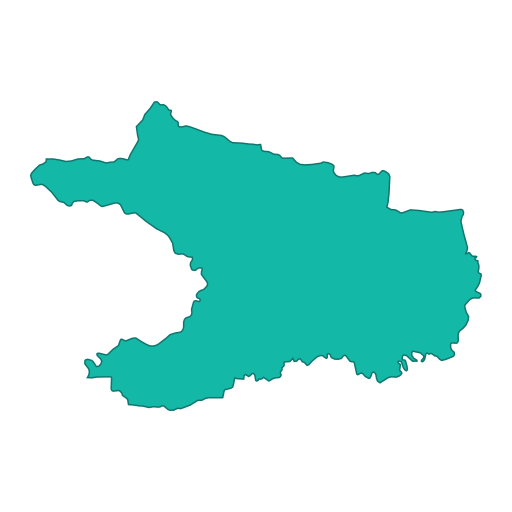 the district of Krong A Na, Đắk Lắk, Vietnam
{"feature_id": "81297802B38165084831058", "entity_name": "Krong A Na", "entity_type": "district", "adm_level": 2, "iso_a3": "VNM", "parent_name": "Vietnam", "parent_adm1": "Đắk Lắk", "projection": "orthographic", "projection_center": [108.03, 12.494], "detail": "fine", "context": "isolated", "style": "filled", "palette": "teal", "viewbox_px": 512, "rotation_deg": 0, "n_neighbors": 0, "source": "geoboundaries", "source_scale": "gbopen_adm2", "svg_char_len": 6064}
<svg xmlns="http://www.w3.org/2000/svg" viewBox="0 0 512 512"><path d="M46.3,159.0L46.2,161.0L45.9,162.0L42.9,164.0L39.4,165.2L34.2,170.2L31.6,173.2L30.7,175.3L31.2,177.8L33.0,183.2L33.7,184.4L34.7,185.1L35.9,185.3L40.5,184.4L42.6,184.5L45.6,186.5L51.6,192.1L58.2,200.5L59.9,201.5L64.0,202.5L67.2,205.4L68.1,205.7L69.8,206.0L71.3,205.5L71.9,204.7L72.2,203.4L73.7,201.6L77.3,200.8L83.9,200.7L86.0,201.8L87.3,202.0L89.9,200.3L92.8,200.2L97.1,203.0L101.2,206.2L102.6,206.5L114.8,203.0L117.9,203.0L120.5,204.7L124.4,212.6L125.4,213.5L126.7,214.0L128.3,214.0L134.9,212.7L136.3,213.3L146.0,221.3L156.6,228.8L164.3,232.6L167.6,235.1L169.2,237.1L172.6,243.0L173.8,250.6L175.2,253.1L178.0,254.2L182.4,253.9L183.7,254.2L187.4,256.6L192.3,257.3L192.5,258.6L192.3,260.0L190.7,262.5L190.3,264.4L190.4,265.8L191.8,269.5L192.7,270.1L194.4,270.4L195.7,270.2L197.2,268.8L199.0,267.9L201.5,268.0L202.0,268.6L202.2,269.7L201.5,271.4L201.4,274.4L206.9,281.8L207.5,283.2L207.3,285.6L205.4,287.8L203.4,289.7L200.7,290.5L198.9,291.6L197.2,293.5L196.5,294.9L196.4,296.1L197.0,297.5L198.0,298.2L199.6,298.7L200.1,299.5L200.0,300.8L199.0,301.6L196.1,300.7L194.2,301.1L193.5,302.3L191.8,308.5L191.6,309.7L191.9,313.1L191.3,315.1L189.9,316.6L186.0,317.9L184.5,319.4L183.7,322.0L183.6,327.4L183.1,329.3L181.7,331.3L180.6,332.1L175.0,333.1L170.0,334.7L166.4,338.0L158.6,344.0L156.3,345.3L153.1,346.1L149.8,345.9L146.3,344.4L141.0,341.4L135.8,338.0L132.3,338.3L126.1,340.8L125.0,340.8L121.8,339.2L120.8,339.5L120.4,340.1L118.4,345.6L112.8,349.5L107.8,354.4L106.4,355.0L99.3,353.3L98.1,353.2L97.1,353.6L96.9,354.4L97.4,355.7L100.5,358.7L101.7,360.9L101.1,363.7L98.9,366.2L96.6,366.6L96.2,366.3L93.1,361.6L91.8,360.5L87.8,359.3L85.6,359.9L84.9,360.9L84.9,363.8L88.4,368.5L89.2,370.1L89.3,372.5L88.8,375.0L87.4,377.6L91.8,377.8L97.1,377.0L110.4,376.8L111.6,377.3L111.2,388.8L111.6,390.0L112.3,390.8L113.3,391.1L118.9,390.5L120.3,391.4L121.9,393.2L122.4,395.3L126.9,398.5L127.8,400.0L128.5,404.6L132.9,404.9L139.6,405.9L142.4,406.0L149.1,407.5L153.3,406.7L158.3,407.1L160.3,406.8L162.1,405.8L163.9,406.0L168.0,409.5L169.9,410.2L173.6,410.2L177.6,408.3L180.8,408.6L190.2,405.1L197.7,400.4L201.9,400.2L205.2,398.5L208.6,397.7L222.7,397.7L224.2,390.6L225.2,389.6L230.9,388.2L232.6,387.1L233.3,385.1L234.7,378.0L236.6,378.6L243.7,379.1L244.1,375.5L245.5,374.5L248.7,376.5L250.4,375.4L252.0,373.6L253.4,373.4L254.8,375.0L255.7,380.4L256.7,381.0L258.1,380.4L258.7,379.2L260.3,379.2L262.1,378.7L263.5,377.3L268.7,380.9L269.7,380.7L272.1,379.0L274.7,378.0L279.1,377.5L280.2,376.9L281.1,375.3L280.3,372.3L282.1,369.6L281.9,367.8L284.1,365.6L284.0,362.4L285.2,361.9L289.9,361.5L292.9,358.4L294.2,361.4L296.7,361.1L298.5,359.1L300.3,358.9L302.4,361.8L304.4,362.4L307.1,365.4L308.9,364.6L312.3,360.9L317.1,356.8L320.1,355.6L322.6,355.6L325.0,357.6L326.4,358.3L327.2,357.7L327.2,354.3L328.2,353.7L330.0,354.3L331.3,357.5L334.7,359.1L338.4,359.2L341.4,358.4L343.2,356.1L344.6,355.3L345.9,355.7L349.8,361.1L351.4,361.7L353.2,361.7L354.2,362.3L356.8,374.1L357.8,374.7L360.8,373.1L362.5,373.4L365.3,376.5L368.8,378.4L369.9,378.0L371.0,375.9L371.9,372.9L373.1,372.1L374.6,372.5L375.9,374.7L376.5,378.3L377.5,381.1L380.0,382.8L387.9,377.8L390.9,376.8L396.4,377.1L399.2,376.0L400.9,374.7L401.8,373.3L401.2,371.8L400.1,371.1L399.7,369.6L400.4,364.9L400.0,364.1L398.5,363.2L398.1,362.4L398.3,361.3L398.9,361.1L401.3,361.5L403.3,367.5L404.6,369.7L406.3,370.8L407.3,369.9L407.0,366.3L405.5,360.9L404.9,360.1L402.6,359.8L402.2,359.4L402.4,356.4L403.0,355.4L404.3,355.0L406.6,355.6L412.5,361.2L417.0,361.1L416.8,360.2L413.6,358.1L411.7,355.3L411.8,352.5L412.9,351.2L420.5,352.9L423.7,355.8L423.8,357.1L423.4,358.1L421.5,360.3L421.4,361.2L422.2,361.7L422.9,361.6L424.5,359.7L425.9,353.9L426.6,353.2L427.5,353.2L428.8,354.2L430.6,353.5L431.6,353.6L434.9,355.9L437.0,356.3L439.6,359.2L441.6,360.4L445.4,359.5L453.0,356.5L453.9,355.7L454.5,354.4L454.2,352.3L451.6,349.9L450.8,348.0L450.5,344.5L451.0,343.5L452.0,342.9L456.4,343.2L457.2,342.8L458.3,340.9L458.1,335.1L458.5,332.9L459.6,331.0L463.3,328.0L466.0,324.9L468.2,320.1L468.6,316.7L466.1,311.9L464.8,306.9L464.8,305.2L469.4,299.9L471.8,298.4L473.5,297.9L479.1,298.0L480.8,296.3L480.8,294.2L479.8,293.3L476.6,291.8L475.5,290.8L475.2,290.0L477.4,287.0L479.4,283.2L481.3,275.1L480.9,273.9L478.8,273.0L478.0,271.7L478.7,269.3L478.9,267.0L478.8,265.4L477.8,262.3L477.9,260.9L475.7,260.2L474.9,259.0L474.9,258.0L476.2,257.6L476.6,256.6L475.7,256.3L472.7,256.3L471.7,255.6L469.7,253.0L468.6,252.7L466.7,253.7L465.7,253.7L467.3,249.6L467.5,247.5L463.8,234.1L460.9,221.5L462.0,216.5L463.2,214.7L463.6,212.3L462.6,210.0L461.0,209.4L442.5,211.9L438.5,212.2L435.5,211.5L431.7,212.3L419.1,210.5L410.4,209.9L402.3,212.9L400.6,212.9L396.3,210.3L394.8,209.8L391.1,209.6L386.8,207.2L388.0,202.3L389.0,193.2L389.8,176.4L388.6,173.8L385.8,171.7L383.6,170.7L382.1,170.8L378.7,174.3L377.2,174.3L375.2,172.6L372.2,172.4L369.5,173.4L367.7,173.5L364.5,173.0L358.8,175.7L356.5,175.8L354.5,175.2L342.2,177.1L338.9,176.9L336.1,175.4L333.9,172.7L333.3,170.6L333.9,167.4L333.8,165.7L331.9,164.2L328.1,162.7L323.2,162.0L320.9,163.2L311.8,164.5L304.7,164.9L300.0,164.4L296.3,162.2L292.6,158.0L282.3,158.2L279.6,155.3L277.8,154.5L273.7,154.2L269.7,152.1L267.9,151.6L263.9,151.3L261.7,150.4L260.6,144.5L256.8,144.9L252.6,144.2L249.4,144.1L242.2,143.2L232.8,142.7L230.4,141.7L224.1,136.6L221.5,135.5L211.7,134.3L204.5,132.2L189.6,126.7L186.0,125.9L181.8,127.0L179.4,126.8L178.5,126.3L178.2,125.5L178.2,122.6L177.3,121.5L175.3,120.4L172.5,117.7L171.0,115.3L170.6,113.7L171.3,111.2L171.2,110.4L168.8,110.0L166.9,107.2L165.3,105.6L163.5,104.7L160.8,104.9L159.6,104.3L157.6,102.1L156.4,101.8L154.4,102.1L150.5,108.0L144.9,114.4L142.7,120.0L136.4,126.6L137.6,135.2L138.6,139.3L138.1,141.1L130.4,154.5L128.2,159.7L127.0,159.9L123.3,158.8L120.0,158.4L117.9,158.8L114.0,162.0L110.4,162.2L106.9,162.9L105.5,162.8L99.9,161.0L92.4,160.1L91.1,159.4L88.9,157.0L87.7,156.9L86.2,157.5L84.5,158.7L77.9,159.0L71.3,161.0L66.0,161.5L59.4,160.0L53.0,159.0L46.3,159.0Z" fill="#14b8a6" stroke="#0f766e" stroke-width="1.5"/></svg>